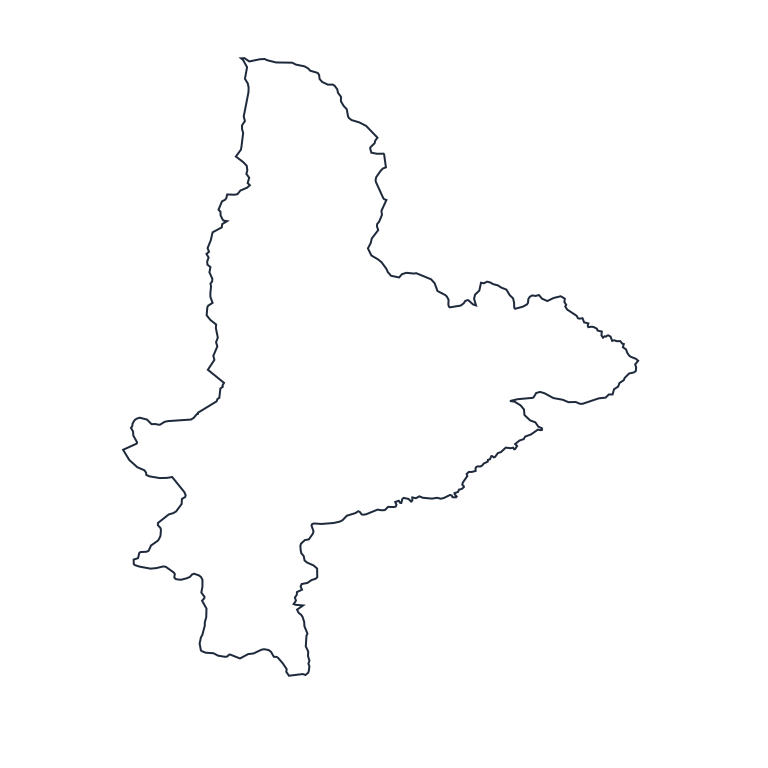 outline of Bac Tra My, Quàng Nam, Vietnam, rotated 279°
{"feature_id": "81297802B65636962466894", "entity_name": "Bac Tra My", "entity_type": "district", "adm_level": 2, "iso_a3": "VNM", "parent_name": "Vietnam", "parent_adm1": "Quàng Nam", "projection": "equal_earth", "projection_center": [108.196, 15.277], "detail": "fine", "context": "isolated", "style": "outline", "palette": "slate", "viewbox_px": 768, "rotation_deg": 279, "n_neighbors": 0, "source": "geoboundaries", "source_scale": "gbopen_adm2", "svg_char_len": 6127}
<svg xmlns="http://www.w3.org/2000/svg" viewBox="0 0 768 768"><g transform="rotate(279 384 384)"><path d="M301.1,140.9L297.8,143.6L293.8,144.5L287.7,149.3L286.4,149.0L278.2,136.6L269.1,144.3L263.2,153.4L261.3,160.8L259.3,162.8L257.0,163.5L256.1,166.7L256.0,177.2L257.4,184.7L259.0,189.3L245.9,203.8L243.1,205.5L241.3,205.3L238.9,202.4L233.8,202.9L225.6,198.6L223.4,195.9L221.5,191.8L211.4,182.5L209.2,182.7L206.9,185.6L205.2,186.5L199.1,187.0L195.9,186.1L193.8,185.1L188.0,179.1L182.5,177.6L181.2,175.8L179.9,169.7L178.7,168.7L173.5,168.3L171.4,164.2L167.0,165.0L166.1,166.5L165.4,171.0L165.1,182.2L166.5,187.8L169.3,194.6L169.3,197.1L164.9,205.9L163.6,207.1L160.1,207.1L158.8,208.7L158.7,210.7L158.9,214.2L161.0,219.0L163.0,222.4L165.8,224.2L166.9,226.0L166.0,231.2L164.7,233.5L162.2,235.3L155.4,236.4L149.5,236.2L145.7,240.0L144.2,240.0L141.5,238.2L134.4,243.8L125.9,244.9L120.3,244.3L117.3,244.8L107.7,243.8L105.0,242.8L98.8,242.5L92.3,244.8L91.7,245.6L90.7,249.8L91.4,257.7L89.7,262.7L89.7,269.8L90.4,271.9L92.4,273.3L92.7,274.4L90.4,284.7L96.0,292.1L97.4,297.2L102.3,304.4L103.3,307.0L103.2,311.6L101.8,314.3L97.3,317.9L97.7,320.5L97.0,322.1L92.5,327.5L87.1,332.5L84.4,332.5L81.0,335.8L84.8,349.1L84.3,351.9L86.7,354.1L88.2,354.6L93.4,354.5L96.0,353.1L99.1,353.6L103.4,351.5L107.9,351.0L112.6,347.8L123.1,346.8L125.6,347.4L132.3,343.3L136.5,342.4L141.2,340.0L143.0,338.4L144.6,335.5L147.5,333.4L152.6,338.7L152.1,331.4L152.5,329.2L156.2,330.9L159.2,329.4L162.0,330.8L164.9,330.6L168.0,335.2L170.9,333.3L173.6,334.0L175.5,339.4L179.0,343.1L181.0,347.0L182.7,348.3L191.3,346.8L193.8,342.8L195.6,336.0L197.2,333.2L201.5,331.6L203.9,328.8L206.5,327.8L211.0,326.7L213.3,327.0L217.4,330.2L218.8,334.1L225.2,337.2L227.5,337.4L232.9,334.5L234.5,335.0L235.3,336.8L236.0,344.2L238.8,355.9L241.1,361.7L242.9,364.3L248.1,367.9L252.0,375.9L254.3,378.5L253.8,380.2L251.7,382.3L251.7,384.2L252.5,386.6L258.9,397.3L258.9,401.4L259.6,404.6L263.3,407.3L264.0,413.0L264.8,414.8L266.8,415.2L269.2,413.5L271.0,416.8L269.1,418.6L269.2,419.7L273.3,420.1L274.6,421.3L274.3,426.2L272.1,429.2L273.3,430.2L276.4,429.7L276.2,433.4L278.6,436.5L277.7,440.1L278.3,449.3L279.9,454.2L279.6,458.1L280.8,461.0L284.7,466.5L284.5,468.3L282.9,469.4L283.3,472.8L284.2,473.4L286.2,471.0L287.3,470.7L288.9,474.0L291.4,474.6L292.5,477.2L294.6,479.0L295.5,478.8L296.7,477.1L298.9,477.2L306.1,480.7L308.1,479.7L310.4,481.5L310.9,484.6L312.5,488.1L315.1,487.6L316.6,488.2L317.4,489.6L317.5,491.9L318.9,493.8L320.9,494.8L323.6,498.6L325.3,498.5L326.2,500.4L329.6,501.3L329.6,502.4L328.7,503.9L329.2,505.0L333.6,507.3L335.1,510.2L340.2,514.2L340.4,519.2L341.3,521.5L339.9,522.8L340.2,523.6L343.6,525.2L345.2,522.9L349.4,526.7L351.4,530.6L354.1,531.6L357.2,537.1L363.0,543.1L362.9,546.1L363.4,547.2L365.0,546.9L366.0,543.1L369.8,539.5L370.9,534.1L375.3,527.6L380.8,526.2L384.3,522.2L387.0,515.7L386.9,511.1L389.9,518.4L393.6,533.0L394.1,533.8L398.9,535.7L400.6,539.4L400.0,543.9L396.6,553.5L396.4,563.0L394.9,569.0L396.2,576.2L395.1,580.7L395.5,583.2L403.4,598.3L405.2,605.0L408.8,607.7L409.4,611.4L414.8,612.0L418.1,615.7L421.8,616.4L425.3,620.2L427.7,620.8L432.7,624.4L434.5,629.0L436.3,630.7L440.0,630.4L442.7,629.0L446.7,631.4L448.3,628.8L449.5,623.4L450.4,621.7L452.8,619.4L456.0,617.7L457.7,614.2L461.0,614.6L461.2,612.9L463.3,610.7L462.7,607.2L463.2,604.6L462.3,602.6L466.2,600.4L467.1,598.1L466.8,596.9L465.6,596.0L465.6,594.3L464.0,593.1L466.0,591.2L469.9,590.9L470.2,586.6L471.9,585.6L473.0,582.4L473.1,580.3L472.1,576.9L473.3,576.1L475.8,576.4L476.2,572.0L480.0,569.8L479.1,566.7L479.3,565.3L481.5,563.6L486.1,553.4L488.9,550.9L490.7,551.6L493.1,549.4L496.6,549.2L498.3,544.8L495.5,538.1L491.5,532.3L493.0,526.7L496.1,523.1L494.7,520.0L494.6,516.3L492.8,514.3L490.7,513.3L486.6,513.5L484.9,512.7L482.1,509.1L478.8,501.7L479.8,500.7L484.5,499.8L488.8,498.1L491.3,494.4L496.4,490.1L497.6,484.6L499.2,481.2L499.7,476.1L500.9,473.1L501.2,469.8L499.1,466.9L499.2,464.0L491.1,463.5L486.6,460.0L482.3,459.6L476.0,462.6L476.5,459.5L479.9,454.3L479.9,453.4L478.7,451.2L476.3,450.2L473.5,447.6L470.0,437.0L470.6,436.0L472.6,435.1L477.3,434.6L480.2,432.4L481.4,430.7L484.2,422.3L491.5,418.2L494.8,414.1L498.5,398.4L497.8,396.6L497.3,388.6L495.2,384.5L491.6,382.3L492.0,374.0L495.1,370.3L498.3,368.2L503.9,362.5L506.0,358.9L509.0,351.4L515.4,346.9L521.1,348.8L525.9,349.2L535.1,354.2L538.5,352.4L540.9,352.2L543.5,353.8L550.6,355.5L554.7,354.4L566.1,357.6L566.6,355.2L567.3,354.3L582.4,344.3L584.1,343.8L587.0,343.9L594.2,347.4L596.6,349.1L598.3,352.0L610.8,348.2L611.4,347.5L610.3,340.9L610.5,335.3L614.7,333.4L615.9,333.7L620.2,337.0L623.0,337.3L626.3,339.0L636.1,326.0L638.5,318.8L639.6,310.7L641.2,307.8L642.5,306.7L649.6,304.2L652.3,300.7L656.5,297.2L660.9,296.6L664.4,293.0L667.8,291.7L671.0,288.4L671.7,286.3L670.9,281.8L672.6,275.8L675.1,272.7L679.2,271.5L680.9,269.8L681.9,262.1L683.9,259.6L685.3,255.8L685.7,247.0L687.0,243.1L684.7,227.1L685.5,218.2L686.3,215.1L685.3,210.5L681.5,200.5L684.0,195.2L683.3,191.9L682.1,194.0L675.5,199.2L663.7,198.9L659.6,202.4L655.7,203.9L650.8,204.5L626.3,203.6L621.9,205.5L617.3,203.3L613.3,204.0L610.0,205.6L596.1,206.1L593.0,206.0L585.5,202.1L581.1,210.3L578.0,214.3L573.6,215.6L570.0,215.2L566.6,218.6L561.1,217.9L559.4,220.4L556.5,218.1L552.6,211.9L548.5,209.5L547.5,206.4L546.7,199.5L542.7,199.1L541.1,198.2L539.0,195.4L530.2,193.3L528.6,195.5L524.8,196.3L520.9,199.1L520.3,200.0L520.3,203.5L516.6,199.2L513.3,199.2L507.0,191.0L498.7,190.4L490.6,188.5L487.2,190.5L484.7,188.3L481.5,191.0L477.4,190.2L474.3,190.9L472.3,194.3L467.0,194.1L461.1,198.0L458.3,198.2L456.1,196.9L453.3,197.9L446.2,198.3L442.7,199.0L437.3,202.0L433.9,198.1L432.1,197.5L424.1,198.1L420.1,202.5L416.5,208.9L412.9,209.2L403.8,212.6L399.0,211.6L395.0,213.5L385.1,211.0L381.3,212.7L370.5,207.8L360.1,225.8L357.3,224.7L356.0,225.2L354.0,223.1L344.6,223.5L343.1,221.9L340.6,221.3L326.5,204.7L325.3,204.9L324.8,203.7L320.8,201.4L318.7,198.9L313.6,176.6L312.3,173.2L308.9,169.3L308.5,167.7L308.7,164.4L308.0,160.7L311.8,155.4L312.5,148.0L310.9,144.9L309.2,143.3L305.8,141.9L302.7,141.9L301.1,140.9Z" fill="none" stroke="#1e293b" stroke-width="2"/></g></svg>